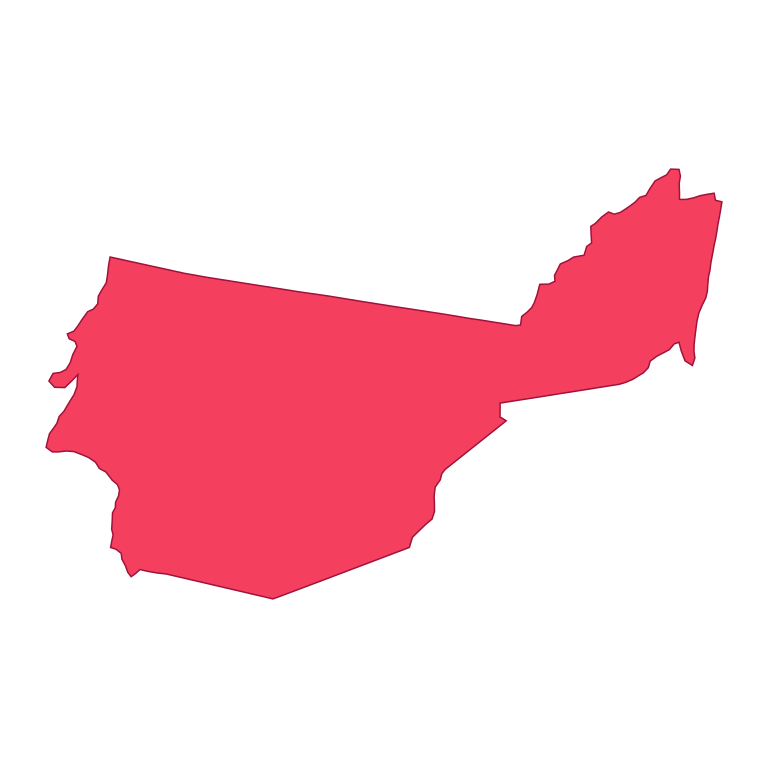 Uruçuca, Bahia, Brazil
{"feature_id": "56859067B25735751163092", "entity_name": "Uruçuca", "entity_type": "district", "adm_level": 2, "iso_a3": "BRA", "parent_name": "Brazil", "parent_adm1": "Bahia", "projection": "albers", "projection_center": [-39.205, -14.52], "detail": "fine", "context": "isolated", "style": "filled", "palette": "rose", "viewbox_px": 768, "rotation_deg": 0, "n_neighbors": 0, "source": "geoboundaries", "source_scale": "gbopen_adm2", "svg_char_len": 2263}
<svg xmlns="http://www.w3.org/2000/svg" viewBox="0 0 768 768"><path d="M110.1,257.0L108.6,265.3L107.4,275.6L106.3,282.7L101.0,291.3L98.3,296.2L97.7,303.9L93.3,309.1L87.8,311.6L82.3,319.1L78.0,325.7L73.9,331.1L67.3,333.9L69.2,338.8L75.0,341.4L77.0,346.3L72.8,354.6L70.1,362.9L66.1,369.4L60.4,372.4L53.1,373.4L48.9,381.0L54.6,387.3L64.8,387.6L71.4,381.2L77.9,374.6L77.3,380.3L77.0,386.6L74.0,394.7L70.0,401.0L67.3,405.5L64.0,411.2L59.2,416.4L56.9,423.3L53.7,427.9L49.5,433.7L47.9,439.7L46.1,447.4L52.3,451.9L58.5,451.9L66.5,451.0L74.0,451.6L81.5,454.5L88.4,457.4L95.5,462.2L99.4,468.5L105.9,472.0L112.2,480.2L117.5,484.6L119.5,489.9L118.5,496.0L115.6,502.2L115.3,507.7L112.5,512.8L112.2,520.9L111.7,529.4L113.1,534.7L111.7,541.5L110.6,547.5L115.9,549.2L121.2,553.3L121.9,559.2L125.3,565.5L127.8,572.3L131.1,576.7L135.5,573.6L140.0,569.5L147.0,571.2L157.2,573.0L166.3,574.0L272.9,598.9L283.2,595.1L324.2,579.7L409.4,547.4L412.4,537.3L420.2,529.7L426.2,523.9L432.0,519.1L434.5,511.6L434.4,502.4L434.1,496.1L435.2,487.1L440.3,479.8L441.8,473.6L445.3,469.3L506.2,420.8L500.0,416.9L500.1,408.7L500.1,403.1L619.2,384.3L625.9,382.3L633.0,379.2L638.9,375.5L643.3,372.9L648.3,367.7L650.2,361.1L657.2,356.0L664.4,352.3L669.4,349.6L674.2,343.9L679.0,342.3L681.3,351.1L685.0,360.8L692.4,365.5L694.9,358.0L694.0,351.7L694.1,344.9L694.9,337.2L695.8,330.0L696.9,321.7L698.8,313.1L702.1,305.4L705.8,297.9L707.4,291.1L707.7,285.6L708.5,276.7L709.9,270.7L711.0,262.1L712.7,253.3L714.1,245.5L715.7,238.4L716.8,231.8L717.8,225.2L719.3,217.3L720.5,210.7L721.9,201.8L715.5,200.3L714.1,193.2L707.2,194.3L700.0,195.7L693.8,197.8L686.2,199.4L679.5,199.4L679.5,192.1L679.2,183.5L680.4,176.0L679.0,169.4L670.6,169.1L666.7,174.8L661.6,177.4L655.1,180.9L649.8,188.8L646.0,195.4L639.6,197.4L634.9,202.3L628.2,207.2L620.5,212.3L614.3,214.2L608.5,212.0L601.8,216.9L595.2,223.5L590.8,226.4L591.1,234.6L591.6,242.9L586.7,246.5L584.1,255.2L573.6,257.1L568.0,260.6L560.3,264.0L557.0,270.6L554.5,275.3L555.0,281.2L548.9,284.1L539.8,284.3L537.0,295.0L534.2,302.9L531.7,307.6L527.2,312.1L521.7,316.4L520.5,325.0L515.4,325.6L481.2,320.1L471.3,318.7L444.4,314.2L392.0,306.2L360.2,301.2L329.1,296.1L298.9,291.8L206.8,277.3L183.8,273.2L110.1,257.0Z" fill="#f43f5e" stroke="#9f1239" stroke-width="1.5"/></svg>